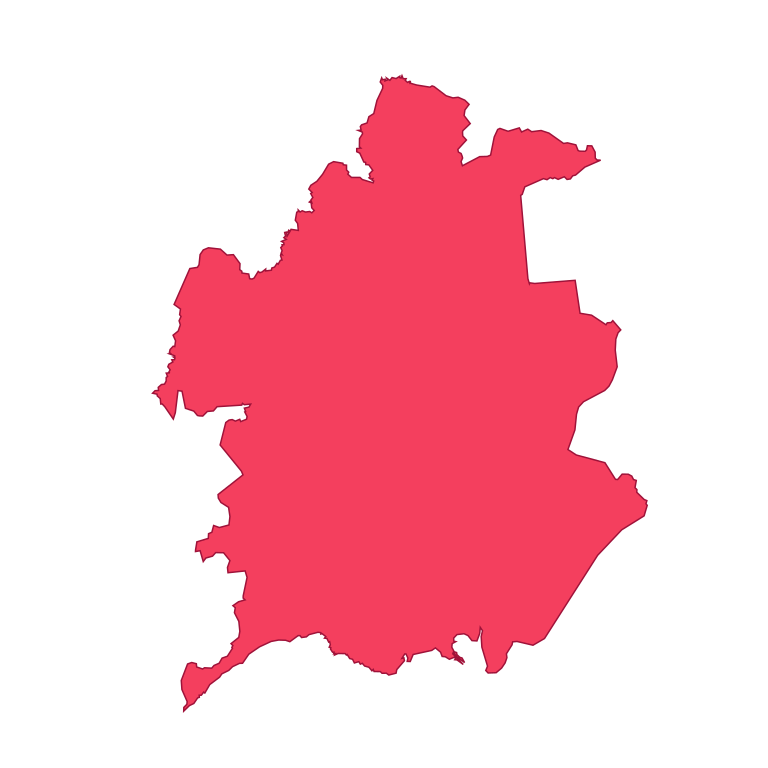 the district of Mahates, Bolívar, Colombia, rotated 171°
{"feature_id": "7082276B15071329852388", "entity_name": "Mahates", "entity_type": "district", "adm_level": 2, "iso_a3": "COL", "parent_name": "Colombia", "parent_adm1": "Bolívar", "projection": "orthographic", "projection_center": [-75.154, 10.168], "detail": "fine", "context": "isolated", "style": "filled", "palette": "rose", "viewbox_px": 768, "rotation_deg": 171, "n_neighbors": 0, "source": "geoboundaries", "source_scale": "gbopen_adm2", "svg_char_len": 6151}
<svg xmlns="http://www.w3.org/2000/svg" viewBox="0 0 768 768"><g transform="rotate(171 384 384)"><path d="M135.0,571.2L138.5,571.9L140.0,574.0L139.2,580.0L141.5,586.7L145.8,587.5L147.4,583.4L149.0,582.4L154.4,583.4L155.8,584.3L157.1,590.2L165.1,593.5L169.0,593.5L181.8,606.0L189.2,609.8L198.7,610.1L202.1,613.2L208.7,611.4L210.3,615.8L221.9,614.2L229.5,618.3L231.9,617.6L236.5,610.7L242.9,593.4L246.3,592.6L253.9,593.6L272.4,587.3L273.1,591.6L271.0,594.9L271.2,596.9L271.8,599.6L274.2,601.4L274.4,604.1L264.4,612.1L267.4,616.7L267.1,620.1L266.6,621.8L258.1,627.7L262.9,636.6L261.2,642.0L256.2,646.9L259.8,651.7L265.9,655.6L271.2,655.8L277.6,659.0L288.0,669.9L289.9,670.9L292.2,670.0L305.0,674.2L310.8,676.9L310.6,679.3L311.5,677.6L311.9,678.8L313.6,678.2L315.5,680.6L314.4,682.1L317.3,682.6L318.0,685.7L319.3,683.5L320.6,684.2L320.3,685.5L324.3,683.8L328.1,685.4L330.7,683.0L333.4,685.6L332.9,683.8L335.6,683.2L335.1,684.8L337.9,684.8L338.4,686.7L340.5,682.9L338.5,679.2L339.1,676.2L346.6,665.2L351.8,652.7L357.1,650.4L359.9,644.5L365.5,643.5L367.1,642.0L366.9,638.4L369.8,638.5L366.0,636.2L366.1,634.4L369.8,630.2L371.2,622.2L370.0,620.6L374.1,620.8L374.6,617.7L371.8,615.8L369.2,606.4L367.5,605.8L367.7,603.6L364.7,602.8L361.7,596.8L365.7,593.7L365.2,590.8L366.6,590.0L365.3,588.6L362.9,588.6L363.9,587.3L362.4,586.1L363.3,584.4L373.4,589.3L375.4,591.8L383.8,593.1L386.9,596.9L385.7,598.7L387.5,601.2L386.8,606.0L389.9,606.9L390.1,608.5L399.0,611.5L404.3,609.8L411.8,600.8L418.6,594.7L425.2,591.7L427.8,588.3L425.0,584.4L426.6,583.6L425.1,579.4L427.4,577.1L427.0,574.6L428.4,576.0L429.3,575.4L427.6,574.4L427.8,569.3L425.8,566.3L428.5,564.4L430.4,566.0L434.6,566.1L437.7,567.9L440.0,567.0L441.5,569.3L441.7,567.8L443.3,567.3L446.0,559.6L444.2,556.1L444.6,549.1L451.6,551.3L452.8,549.7L454.1,550.8L455.1,548.9L453.8,548.5L456.5,545.3L456.4,549.3L458.4,549.2L458.1,545.5L460.0,544.2L457.9,542.1L462.9,540.9L460.9,539.2L461.0,537.3L463.0,537.4L462.8,536.2L464.6,534.9L463.8,531.6L465.1,529.4L464.4,527.7L465.5,528.4L466.1,527.1L465.4,522.4L467.0,522.4L469.8,518.9L470.8,519.9L473.8,516.6L476.7,516.1L477.4,514.0L483.3,514.2L482.9,516.0L487.0,513.7L489.3,513.4L490.6,514.9L495.8,508.9L497.9,508.3L500.2,509.0L500.4,513.8L506.9,515.8L506.8,517.6L508.6,519.5L507.4,525.4L512.5,535.3L518.9,535.9L524.5,542.8L536.1,546.0L541.5,544.7L545.4,540.6L548.0,530.8L550.0,528.4L557.7,528.4L578.9,495.4L573.3,489.9L575.0,484.4L573.9,482.5L576.5,478.5L575.9,474.3L579.0,468.5L584.7,465.2L583.1,459.3L584.8,453.7L586.3,454.3L589.9,451.5L591.0,448.7L590.1,447.6L591.5,447.5L586.3,444.6L586.4,443.4L587.7,443.5L586.4,442.3L587.1,440.8L589.8,441.1L589.1,438.8L593.5,437.1L594.8,434.8L593.0,431.5L594.8,429.2L593.7,428.6L597.4,428.8L596.6,425.3L598.1,424.5L598.7,421.0L600.8,418.2L603.9,418.3L607.5,416.0L607.7,412.9L611.2,413.2L614.0,411.1L609.7,409.4L609.8,407.7L607.3,404.6L607.6,399.1L606.2,399.0L604.1,395.9L597.6,382.3L594.6,388.3L588.5,409.7L584.6,408.5L583.9,391.0L576.1,387.0L573.2,382.1L571.4,381.4L568.0,380.7L562.8,384.5L556.7,384.1L552.4,387.7L527.8,385.4L526.8,387.0L525.2,385.4L518.8,385.0L521.0,382.3L525.7,382.0L525.0,378.4L525.9,378.2L524.3,373.3L525.3,370.7L531.4,369.3L532.0,371.7L536.6,370.6L539.5,372.6L542.7,372.6L546.3,370.7L555.4,349.4L538.5,320.3L537.5,316.3L565.2,300.8L565.5,297.2L563.6,292.5L556.8,286.5L556.9,277.2L559.2,269.0L569.1,268.0L574.4,270.9L577.2,264.5L580.7,263.6L581.7,259.0L593.5,257.4L596.1,249.5L596.4,248.0L591.7,248.1L590.3,236.9L587.1,240.0L580.3,240.8L576.6,243.8L568.8,242.4L563.8,233.7L567.3,227.3L567.6,222.0L550.4,221.1L549.5,214.4L556.2,196.8L556.6,194.6L555.0,192.5L561.7,191.7L567.9,188.7L565.9,186.3L567.5,181.5L564.5,172.2L565.1,162.2L567.1,156.4L575.7,151.5L574.2,149.3L575.5,147.6L575.0,146.7L581.3,139.6L586.8,138.6L590.5,134.0L595.9,132.6L598.6,130.3L605.7,131.8L607.7,130.9L613.3,133.8L613.1,137.1L617.5,139.0L621.8,138.2L630.6,122.9L631.4,113.9L628.1,101.2L628.8,98.5L632.3,95.9L633.0,92.2L626.5,96.8L621.8,98.2L617.2,103.1L615.4,103.4L615.2,105.5L613.1,105.2L610.3,107.9L609.3,106.8L603.1,114.4L592.2,120.2L589.5,123.1L582.1,125.4L577.8,128.5L570.4,130.7L567.4,130.3L559.8,138.3L548.0,143.9L535.7,147.4L528.1,147.6L521.3,146.3L517.3,144.2L508.2,148.9L506.3,148.6L505.1,146.5L500.2,146.4L497.3,148.2L488.1,149.1L485.3,148.3L485.5,146.9L484.2,147.1L481.0,143.7L482.5,142.3L480.2,141.6L479.0,137.7L478.0,138.0L477.8,134.9L479.3,132.6L477.8,131.9L478.3,130.5L476.8,127.2L475.2,126.9L476.0,125.3L474.2,125.3L475.0,124.1L471.5,125.0L464.5,123.8L463.6,122.2L462.7,122.6L460.8,118.2L458.1,117.0L456.9,113.1L452.3,113.7L451.2,111.0L449.1,111.5L447.3,108.5L443.2,106.6L440.8,102.6L439.3,103.8L438.8,101.6L432.6,100.5L431.2,98.6L426.9,98.0L424.8,95.8L417.3,96.5L416.1,99.9L407.1,107.5L407.2,110.4L409.2,110.2L405.8,114.1L404.5,113.9L403.3,109.6L404.5,106.4L401.5,105.8L397.5,112.3L378.5,113.4L374.5,115.3L370.1,110.3L369.2,105.8L366.1,105.0L362.5,101.9L357.4,103.1L356.1,101.8L357.2,100.6L355.1,100.1L349.6,94.6L358.3,106.8L357.4,108.3L354.9,103.3L348.0,96.3L349.8,101.2L351.9,102.2L354.3,105.3L354.3,107.4L356.6,108.6L358.2,113.4L357.3,116.9L353.4,118.3L355.3,119.1L354.9,122.2L351.1,125.1L344.0,124.8L340.4,122.4L337.3,116.8L332.4,115.7L328.5,122.6L327.0,128.6L325.3,124.9L327.5,119.4L328.5,108.8L325.9,89.1L328.3,85.1L326.4,82.3L318.4,81.3L312.3,85.0L308.0,89.6L305.4,94.5L305.3,98.4L298.3,106.4L297.3,109.2L292.9,108.9L277.7,102.7L265.3,107.5L199.8,181.4L172.0,202.8L147.7,213.1L143.0,223.0L144.0,224.7L142.6,227.7L145.1,229.2L151.3,237.5L150.7,240.1L152.3,242.3L149.9,249.3L152.5,250.6L153.7,254.3L156.9,256.7L162.9,257.7L168.2,253.1L170.3,253.6L178.1,271.7L205.2,283.8L212.6,290.5L202.6,308.8L198.6,324.0L195.4,330.8L189.7,335.3L167.0,343.1L162.1,346.7L157.8,352.4L151.0,364.5L150.3,381.2L148.0,392.1L144.8,398.0L141.7,400.4L148.1,410.8L150.1,409.2L153.9,409.5L155.5,407.8L168.2,419.5L179.3,423.2L179.0,456.5L219.4,459.7L224.1,461.1L224.7,460.2L225.4,465.5L219.5,548.9L217.8,549.7L214.1,556.7L194.4,561.9L191.0,560.3L187.6,561.9L185.1,560.4L183.3,561.2L180.0,558.9L173.5,560.5L171.2,557.4L167.8,557.4L165.1,560.1L162.1,560.4L151.7,566.8L135.0,571.2Z" fill="#f43f5e" stroke="#9f1239" stroke-width="1.5"/></g></svg>